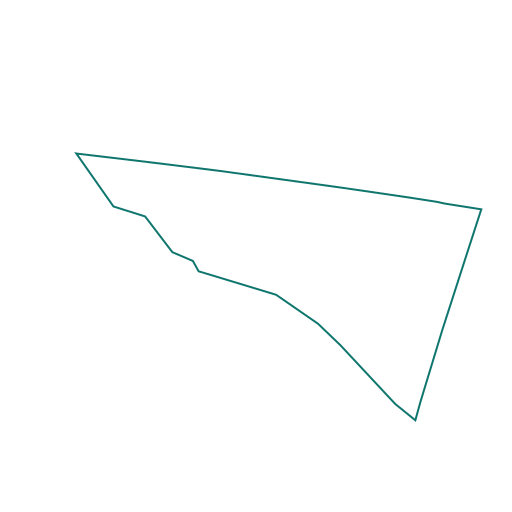 Dade, Georgia, United States of America, rotated 107°
{"feature_id": "52423323B39037255369745", "entity_name": "Dade", "entity_type": "district", "adm_level": 2, "iso_a3": "USA", "parent_name": "United States of America", "parent_adm1": "Georgia", "projection": "orthographic", "projection_center": [-85.505, 34.804], "detail": "fine", "context": "isolated", "style": "outline", "palette": "teal", "viewbox_px": 512, "rotation_deg": 107, "n_neighbors": 0, "source": "geoboundaries", "source_scale": "gbopen_adm2", "svg_char_len": 480}
<svg xmlns="http://www.w3.org/2000/svg" viewBox="0 0 512 512"><g transform="rotate(107 256 256)"><path d="M265.6,56.1L193.6,55.0L145.5,54.2L150.7,91.0L151.3,98.7L154.6,121.7L154.6,121.9L165.5,193.3L185.4,316.6L193.6,363.3L193.6,363.5L203.9,421.0L210.3,456.4L210.5,457.8L250.3,406.8L250.6,373.6L276.8,337.1L279.2,314.9L287.4,306.4L287.2,225.4L302.7,176.8L316.7,149.1L356.8,79.6L366.5,55.6L347.2,56.1L272.3,56.2L265.6,56.1Z" fill="none" stroke="#0f766e" stroke-width="2"/></g></svg>